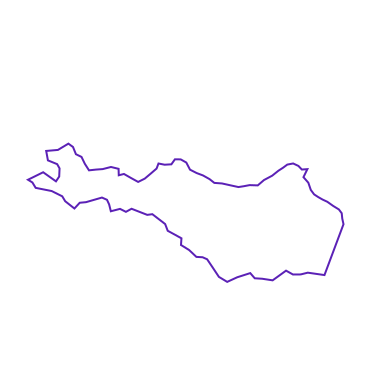 Nova Araçá, Rio Grande do Sul, Brazil (Albers equal-area conic projection), rotated 24°
{"feature_id": "56859067B37354082444781", "entity_name": "Nova Araçá", "entity_type": "district", "adm_level": 2, "iso_a3": "BRA", "parent_name": "Brazil", "parent_adm1": "Rio Grande do Sul", "projection": "albers", "projection_center": [-51.769, -28.646], "detail": "fine", "context": "isolated", "style": "outline", "palette": "violet", "viewbox_px": 384, "rotation_deg": 24, "n_neighbors": 0, "source": "geoboundaries", "source_scale": "gbopen_adm2", "svg_char_len": 1376}
<svg xmlns="http://www.w3.org/2000/svg" viewBox="0 0 384 384"><g transform="rotate(24 192 192)"><path d="M61.4,224.3L64.4,231.9L63.4,237.6L48.0,234.5L37.2,247.5L42.3,248.2L47.5,251.8L63.4,248.2L75.2,248.7L79.9,252.0L91.3,254.9L93.8,247.5L99.3,244.4L112.0,233.7L117.5,233.7L121.3,237.0L125.7,242.6L133.1,236.7L139.7,237.0L143.6,231.9L160.4,231.1L164.8,228.4L180.5,232.2L185.6,237.3L201.2,238.6L203.5,244.9L213.0,246.2L222.4,249.5L228.2,247.3L233.2,247.3L242.6,253.2L251.1,258.6L260.7,259.8L268.0,251.5L278.2,242.4L284.4,245.3L291.4,242.7L301.6,239.9L309.9,225.6L317.8,226.3L324.8,223.1L330.6,218.6L346.8,214.0L343.5,159.8L340.1,155.2L337.4,150.5L333.3,148.2L326.6,147.3L319.6,145.9L314.4,145.8L309.4,145.3L304.5,144.5L299.7,141.8L294.5,136.2L287.8,133.1L288.1,124.2L283.2,126.8L278.6,124.9L272.8,124.8L267.9,128.2L265.3,132.8L262.3,137.4L258.6,144.5L252.9,151.8L249.4,159.2L241.8,162.3L236.9,165.7L232.4,168.6L224.7,170.2L215.9,172.0L208.7,174.6L202.8,173.1L195.3,172.4L188.5,172.8L181.1,172.4L174.8,167.4L168.4,166.8L163.1,169.1L161.9,175.1L155.9,178.2L149.8,179.6L150.1,185.0L146.9,191.8L143.4,199.0L138.7,204.7L130.5,204.0L122.5,203.2L118.3,206.5L115.5,200.7L107.8,202.1L101.1,207.4L95.3,210.5L89.1,214.1L82.6,209.8L76.8,204.9L70.6,204.7L65.0,199.3L59.4,198.1L52.4,208.1L42.1,213.8L47.5,221.7L57.5,221.4L61.4,224.3Z" fill="none" stroke="#5b21b6" stroke-width="2"/></g></svg>